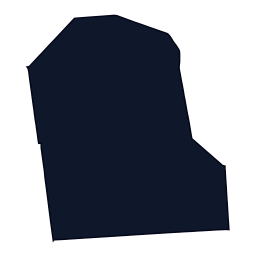 outline of Adelaide, South Australia, Australia
{"feature_id": "25037944B32453744991132", "entity_name": "Adelaide", "entity_type": "district", "adm_level": 2, "iso_a3": "AUS", "parent_name": "Australia", "parent_adm1": "South Australia", "projection": "mercator", "projection_center": [138.601, -34.92], "detail": "fine", "context": "isolated", "style": "filled", "palette": "ink", "viewbox_px": 256, "rotation_deg": 0, "n_neighbors": 0, "source": "geoboundaries", "source_scale": "gbopen_adm2", "svg_char_len": 2083}
<svg xmlns="http://www.w3.org/2000/svg" viewBox="0 0 256 256"><path d="M74.5,18.4L71.2,21.9L63.9,29.7L57.9,36.1L53.2,41.1L50.1,44.3L48.4,46.1L46.1,48.6L43.8,51.1L41.7,53.3L41.4,53.7L39.1,56.0L34.5,61.0L32.6,63.0L29.5,66.4L28.1,66.8L27.1,67.0L27.3,67.2L27.7,67.9L28.2,68.8L28.4,69.7L28.7,70.7L30.1,81.7L31.5,91.6L32.8,101.4L34.2,111.3L34.6,114.8L35.0,117.4L35.1,118.3L35.3,119.6L35.6,121.7L36.2,125.2L36.6,128.6L37.6,135.3L38.0,138.7L38.4,141.5L38.5,142.2L38.7,143.3L39.7,143.3L41.3,143.4L41.2,144.7L41.2,146.9L41.3,148.4L42.3,155.7L44.5,171.5L45.0,177.3L45.1,178.1L46.3,187.0L50.7,221.6L53.3,240.6L53.9,239.8L54.6,239.8L57.6,239.6L61.8,239.4L63.6,239.3L67.9,239.0L70.9,238.8L75.6,238.5L78.7,238.3L79.3,238.3L84.4,237.9L90.0,237.6L94.0,237.3L96.0,237.2L102.0,236.8L103.8,236.7L107.2,236.5L109.2,236.4L112.6,236.1L113.9,236.1L117.9,235.8L124.3,235.4L126.7,235.3L127.9,235.2L128.7,235.1L131.7,234.9L134.6,234.7L141.4,234.3L147.5,233.9L154.0,233.5L158.7,233.2L166.7,232.7L175.0,232.2L179.3,232.0L183.4,231.7L187.3,231.5L191.7,231.3L197.3,230.9L204.7,230.5L212.9,230.0L218.2,229.7L220.9,229.6L226.3,229.4L228.9,229.6L228.8,228.9L228.5,223.6L228.1,218.5L227.8,213.2L227.5,208.9L227.3,204.6L226.9,199.5L226.8,197.3L226.6,194.7L226.4,191.5L226.3,189.3L226.2,187.3L225.9,183.2L225.5,177.0L225.2,171.6L224.9,168.0L225.0,166.1L222.5,165.5L213.8,157.9L211.7,156.0L209.5,154.1L208.2,153.0L206.3,151.4L205.2,150.4L195.5,141.9L191.8,138.7L191.2,135.4L190.7,132.4L190.2,129.4L189.7,126.4L189.2,123.3L187.9,116.4L187.4,114.1L187.0,111.9L185.7,104.6L184.8,99.5L184.0,95.6L183.3,91.1L182.0,84.1L181.5,81.7L180.3,75.0L179.7,71.9L179.6,71.4L179.0,67.9L179.2,65.5L179.3,64.1L179.5,63.1L179.5,62.4L179.6,61.2L179.6,58.5L179.6,57.7L179.6,54.7L179.5,53.0L179.5,52.1L179.4,51.4L179.1,50.5L178.8,49.7L178.2,48.8L177.6,47.8L175.9,45.2L175.3,44.4L173.0,41.3L171.0,37.9L170.1,36.6L169.4,35.8L168.9,35.1L167.4,33.7L164.4,32.6L158.8,30.7L146.6,26.4L141.0,24.4L133.0,21.7L132.9,21.6L116.8,15.7L114.2,15.4L103.5,16.2L88.3,17.3L79.3,18.0L79.1,18.0L74.5,18.4Z" fill="#0f172a" stroke="#020617" stroke-width="1.5"/></svg>